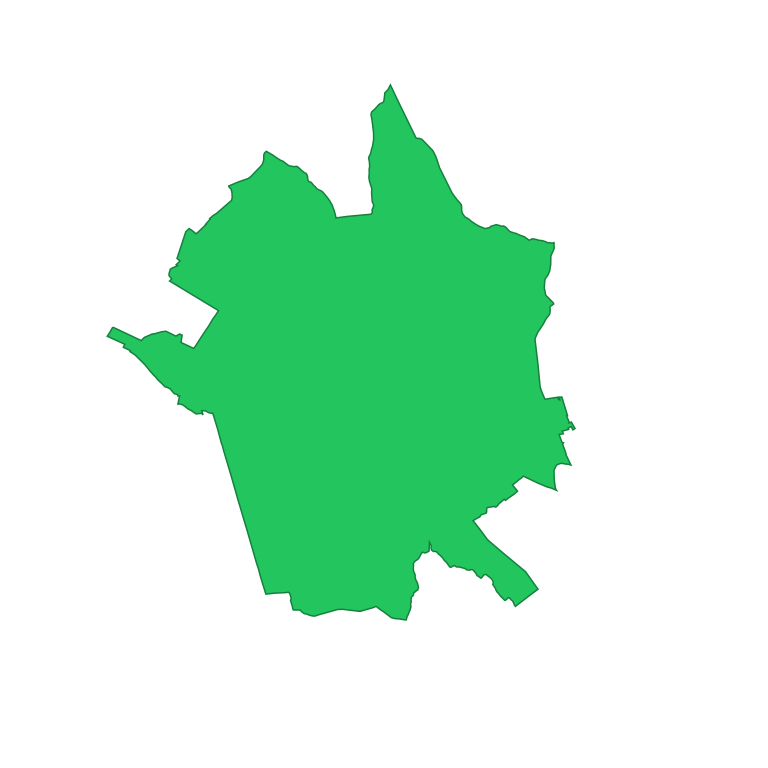 outline of Ixcaquixtla, Puebla, Mexico, rotated 323°
{"feature_id": "50627088B51298056113446", "entity_name": "Ixcaquixtla", "entity_type": "district", "adm_level": 2, "iso_a3": "MEX", "parent_name": "Mexico", "parent_adm1": "Puebla", "projection": "equal_earth", "projection_center": [-97.829, 18.478], "detail": "fine", "context": "isolated", "style": "filled", "palette": "green", "viewbox_px": 768, "rotation_deg": 323, "n_neighbors": 0, "source": "geoboundaries", "source_scale": "gbopen_adm2", "svg_char_len": 6147}
<svg xmlns="http://www.w3.org/2000/svg" viewBox="0 0 768 768"><g transform="rotate(323 384 384)"><path d="M588.7,389.3L594.3,382.2L601.4,378.2L602.1,377.4L603.2,375.6L604.6,373.9L604.8,373.3L603.0,372.7L601.2,370.7L599.9,369.8L599.5,369.3L598.9,367.9L596.7,364.8L593.8,362.0L593.1,360.8L590.1,357.5L589.4,357.1L586.9,356.8L586.2,355.9L585.4,353.3L584.7,350.8L583.3,348.8L581.6,346.1L580.3,343.5L579.6,342.6L578.4,341.3L578.1,340.6L576.6,338.6L576.1,337.2L575.6,332.0L574.6,329.7L573.2,329.1L572.4,328.2L571.8,327.0L570.7,325.9L570.0,324.7L568.6,323.9L563.9,322.3L562.5,322.6L558.2,320.7L555.0,315.3L553.5,312.0L551.6,306.5L551.0,303.4L549.4,299.8L549.2,298.0L549.2,296.1L549.6,294.1L550.9,291.3L551.9,290.3L552.8,288.9L553.6,287.3L553.6,284.7L553.2,280.5L553.3,272.6L558.5,244.8L561.8,235.2L562.5,232.4L563.2,228.7L563.4,226.9L563.3,225.8L561.7,212.8L561.4,211.1L559.9,209.0L557.6,207.1L564.5,171.6L569.1,149.0L564.3,151.3L559.8,152.0L558.8,153.2L554.3,157.8L553.4,158.3L552.3,158.5L550.1,157.8L547.7,157.8L542.6,158.9L538.6,159.2L537.7,159.4L535.9,160.9L535.3,161.8L533.1,166.3L526.9,177.0L523.2,182.1L517.9,187.3L515.7,188.7L512.0,191.9L509.2,193.2L507.6,194.4L505.9,198.0L503.3,201.8L501.2,203.7L499.7,206.0L496.2,210.0L494.1,213.9L493.9,215.0L493.0,217.1L492.2,219.8L491.0,221.9L489.9,222.9L489.1,223.9L488.4,225.1L487.7,225.9L487.4,226.6L484.9,230.3L484.3,231.3L483.6,234.6L482.7,235.8L482.0,235.9L481.2,236.9L480.7,236.9L479.2,237.8L478.0,239.8L477.2,240.4L476.1,240.5L474.8,240.0L455.8,228.2L445.5,222.4L446.1,221.6L448.7,215.4L449.2,213.0L450.2,210.5L450.9,204.9L451.0,200.8L450.6,193.7L450.1,192.0L448.8,189.7L447.9,187.8L447.7,184.4L447.4,183.5L447.2,179.1L446.0,177.3L445.9,176.2L446.2,175.1L446.7,173.8L447.8,172.4L448.5,170.0L448.5,168.8L447.6,167.3L446.8,164.0L445.9,159.0L445.3,157.7L442.8,156.1L439.6,152.7L438.8,150.5L437.4,145.3L436.0,143.0L434.2,138.3L433.0,134.3L430.0,127.3L428.0,127.5L427.1,127.8L425.8,128.8L422.9,132.5L421.1,134.0L419.5,135.0L418.0,135.6L416.1,136.0L403.1,138.1L400.6,138.2L399.1,138.1L389.3,135.0L379.1,132.4L378.8,133.6L379.2,136.2L378.4,138.3L377.9,138.9L377.7,140.0L376.4,141.5L375.3,143.4L372.8,145.6L352.5,147.0L349.4,146.6L344.3,147.0L344.4,147.7L337.7,149.1L337.9,149.5L327.1,150.8L324.3,151.0L322.9,145.1L322.4,144.4L322.0,142.6L317.4,143.1L294.2,159.2L295.2,163.0L289.9,163.6L290.4,165.2L283.5,163.7L282.5,163.7L278.7,166.5L277.8,167.6L277.5,168.8L277.7,172.4L274.7,172.7L296.0,225.8L291.2,227.6L286.8,228.9L279.0,232.1L266.0,236.6L256.5,240.2L253.4,241.0L246.9,228.7L252.2,223.5L250.9,221.1L246.6,220.5L241.6,210.6L237.7,208.4L231.7,206.1L228.8,204.5L220.7,202.6L217.7,202.9L216.3,203.3L201.9,175.9L201.0,175.6L196.3,177.7L191.7,179.3L200.9,196.3L197.9,197.8L201.5,204.6L200.2,205.2L200.5,205.2L201.0,206.3L202.7,211.1L204.7,225.2L204.9,233.1L205.4,238.7L205.8,240.9L205.9,244.5L207.0,251.0L207.4,254.5L208.7,256.0L210.4,259.5L210.4,262.0L210.7,265.5L212.7,268.2L212.2,269.6L213.6,270.5L207.3,276.0L209.1,277.1L211.0,280.2L212.5,286.1L213.9,288.9L215.9,294.8L220.6,297.6L220.9,299.8L222.4,295.6L225.2,298.0L227.1,302.0L229.6,304.5L224.4,318.8L218.4,333.7L218.0,335.4L215.6,341.3L207.1,364.2L196.2,392.5L196.0,393.2L190.4,408.1L186.2,419.5L174.3,450.6L172.7,455.5L169.2,464.0L163.2,480.7L170.9,485.3L179.7,491.3L182.3,492.8L182.7,493.5L182.4,495.2L181.2,498.7L180.3,499.8L179.3,500.4L178.9,501.0L177.4,505.4L175.8,509.0L175.6,509.9L181.1,514.2L181.1,516.1L182.1,519.4L183.5,520.8L185.6,524.2L187.3,526.2L188.5,527.3L189.9,528.1L192.4,528.8L211.3,536.2L215.5,539.1L220.9,544.4L228.1,551.2L240.6,556.0L243.7,556.8L244.1,557.6L245.2,561.8L246.6,565.7L249.1,574.5L249.5,575.4L251.5,577.9L254.4,580.4L258.9,585.1L259.9,585.8L262.7,583.4L264.7,582.7L265.8,581.9L269.2,579.9L271.6,578.0L272.1,576.9L273.0,575.5L274.6,574.5L275.6,572.7L277.3,571.0L278.6,570.5L280.1,570.5L282.3,568.6L284.5,568.8L285.2,568.5L287.0,568.8L289.0,567.3L290.7,563.7L291.3,561.4L291.5,559.4L292.1,558.3L292.6,556.9L293.8,555.5L294.5,553.6L294.7,552.0L296.3,549.0L298.4,546.7L299.6,544.9L301.7,544.3L306.6,544.3L311.6,542.0L313.1,541.6L313.7,541.7L315.1,543.7L317.7,544.4L319.5,544.5L325.1,537.7L324.5,541.4L322.7,543.5L322.0,545.3L322.6,547.3L325.0,549.5L325.2,552.8L325.5,553.6L326.2,558.2L326.0,561.4L326.5,563.6L326.4,569.8L326.9,570.4L327.4,570.7L330.2,571.1L331.1,571.5L331.7,573.5L332.6,574.5L333.5,574.9L337.5,579.9L338.2,582.1L340.2,584.1L341.7,584.6L342.9,585.5L343.3,586.6L343.3,588.6L343.5,590.3L343.0,592.9L344.1,595.7L344.2,596.5L344.6,597.5L346.4,597.3L348.7,596.6L350.2,597.1L350.8,597.5L351.0,598.0L352.4,603.3L352.6,605.6L352.3,607.1L351.5,608.7L350.2,609.6L350.1,612.7L349.9,614.5L349.3,616.1L349.1,618.5L349.4,619.4L349.4,623.9L350.0,627.5L350.1,628.9L350.3,629.6L350.9,629.8L354.9,629.5L355.4,630.1L355.7,633.0L356.1,634.5L355.8,636.8L355.5,637.6L355.2,638.8L355.1,640.7L375.6,640.5L383.5,640.6L384.1,619.1L377.5,591.2L373.3,572.2L373.0,570.2L373.1,558.4L372.9,546.7L378.9,547.4L380.4,547.8L382.6,547.0L383.3,547.1L384.4,547.3L386.2,548.1L388.0,548.6L389.0,547.9L390.6,545.9L391.4,545.1L392.1,544.8L398.7,548.4L399.0,549.4L399.7,549.6L401.7,549.5L403.1,548.9L410.7,548.4L411.0,550.1L415.2,550.0L422.3,550.3L426.2,549.9L425.8,542.0L431.7,541.9L433.7,541.7L437.6,541.8L439.8,541.4L447.3,555.8L452.5,564.7L454.9,567.7L457.8,572.8L458.1,570.6L458.5,569.8L460.7,565.7L463.4,561.4L467.9,555.2L472.2,552.9L473.2,552.7L474.9,552.9L477.8,554.0L479.3,555.6L479.7,555.7L480.3,556.5L480.6,557.1L482.6,558.7L484.5,561.2L486.7,550.5L488.0,547.6L490.4,539.6L492.0,538.9L491.0,537.8L492.8,531.9L493.5,529.7L497.3,531.7L498.0,528.9L504.2,531.4L504.5,530.0L507.9,530.6L507.2,534.3L509.8,534.5L510.7,527.2L508.6,526.4L508.9,526.3L510.6,519.3L511.5,519.8L518.2,501.5L516.0,499.9L514.8,502.5L514.0,501.3L514.8,499.1L503.5,493.1L503.4,492.8L505.6,484.1L507.0,480.2L518.4,461.6L531.5,439.2L532.7,438.2L537.9,435.3L547.1,432.1L552.6,429.5L556.9,428.4L558.7,427.7L561.5,424.6L562.3,423.1L563.5,422.1L564.6,422.1L565.5,422.3L567.7,422.2L567.9,421.8L568.0,420.9L566.6,410.5L569.8,403.8L573.9,399.0L576.0,397.0L578.3,396.4L581.0,395.4L584.4,393.4L586.8,391.0L588.7,389.3Z" fill="#22c55e" stroke="#15803d" stroke-width="1.5"/></g></svg>